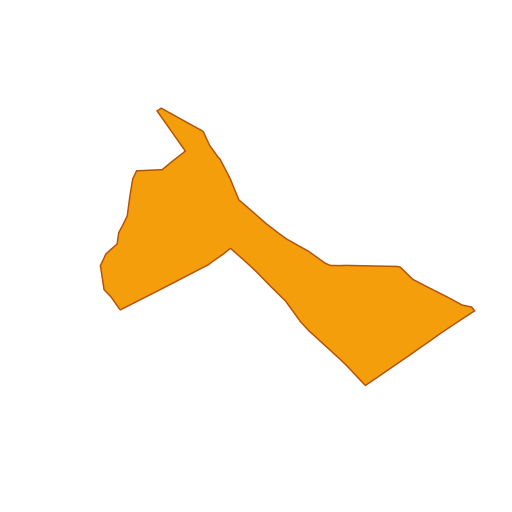 the district of Bayangol, Ulaanbaatar, Mongolia, rotated 233°
{"feature_id": "93677404B56181077288727", "entity_name": "Bayangol", "entity_type": "district", "adm_level": 2, "iso_a3": "MNG", "parent_name": "Mongolia", "parent_adm1": "Ulaanbaatar", "projection": "albers", "projection_center": [106.848, 47.91], "detail": "fine", "context": "isolated", "style": "filled", "palette": "amber", "viewbox_px": 512, "rotation_deg": 233, "n_neighbors": 0, "source": "geoboundaries", "source_scale": "gbopen_adm2", "svg_char_len": 1226}
<svg xmlns="http://www.w3.org/2000/svg" viewBox="0 0 512 512"><g transform="rotate(233 256 256)"><path d="M381.4,233.0L389.8,220.8L395.9,211.9L391.8,204.0L389.9,202.0L379.4,191.0L365.2,177.0L364.2,174.7L361.1,168.7L357.2,160.3L355.0,158.2L349.3,152.4L349.1,151.2L348.0,137.4L345.0,131.9L342.0,126.0L330.0,119.5L321.1,114.7L320.7,114.4L310.2,115.6L296.0,115.1L294.7,115.3L293.1,123.8L288.5,149.7L283.9,176.1L280.0,199.5L277.7,212.7L277.7,219.4L277.2,231.2L277.6,239.3L277.2,240.3L259.1,244.0L244.2,246.7L223.7,249.3L202.1,252.5L176.9,252.0L164.7,253.2L157.7,254.5L146.5,256.6L124.6,260.7L113.5,262.5L108.8,263.0L88.7,265.2L86.8,265.4L86.3,275.6L85.4,295.7L84.3,320.8L84.0,332.8L83.7,337.4L83.1,358.4L82.3,372.5L80.9,394.6L80.6,397.6L85.5,397.5L92.9,391.0L107.5,384.4L128.8,373.9L140.8,368.2L142.6,367.3L147.8,366.4L160.3,364.5L162.9,362.2L174.5,347.4L194.2,322.4L198.0,317.0L203.9,309.5L208.7,306.9L222.6,302.5L227.9,300.9L251.0,290.7L259.4,288.1L276.1,283.5L296.3,279.3L311.0,276.1L328.1,280.5L331.8,281.6L343.8,283.7L354.7,285.5L358.1,285.2L372.2,285.5L387.0,288.7L388.5,288.3L400.2,283.0L420.0,274.2L431.1,269.3L431.4,264.3L382.3,262.7L382.0,245.6L381.4,233.0Z" fill="#f59e0b" stroke="#b45309" stroke-width="1.5"/></g></svg>